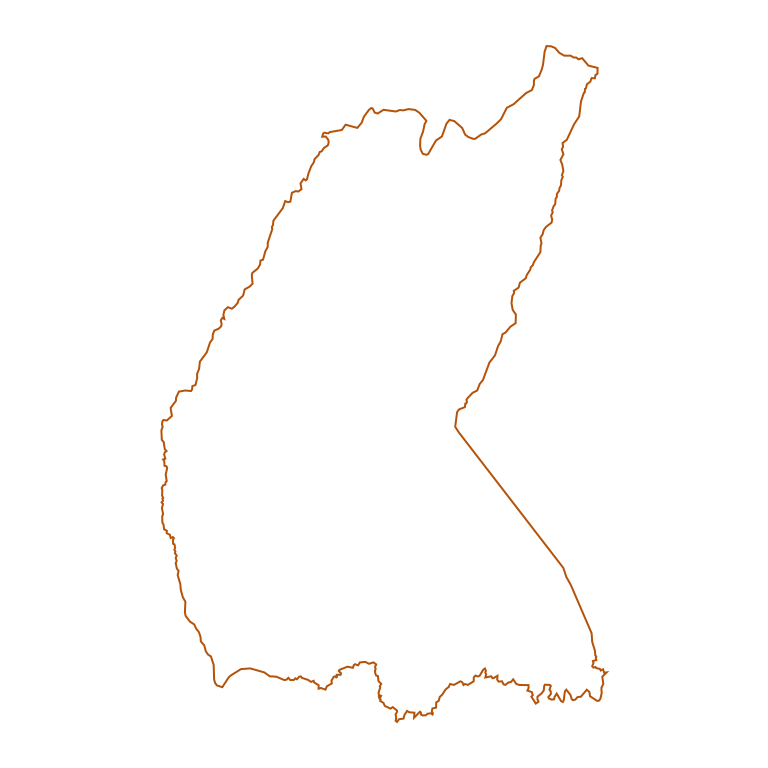 the district of Mavago, Niassa, Mozambique
{"feature_id": "85939544B69199020344442", "entity_name": "Mavago", "entity_type": "district", "adm_level": 2, "iso_a3": "MOZ", "parent_name": "Mozambique", "parent_adm1": "Niassa", "projection": "equal_earth", "projection_center": [36.395, -12.167], "detail": "fine", "context": "isolated", "style": "outline", "palette": "amber", "viewbox_px": 768, "rotation_deg": 0, "n_neighbors": 0, "source": "geoboundaries", "source_scale": "gbopen_adm2", "svg_char_len": 6096}
<svg xmlns="http://www.w3.org/2000/svg" viewBox="0 0 768 768"><path d="M590.0,696.2L597.1,700.9L599.1,700.6L600.4,698.7L601.7,693.1L601.4,688.0L603.3,683.8L602.3,676.7L606.6,672.4L604.2,672.7L603.0,669.3L600.7,670.5L599.8,668.8L596.4,668.2L595.5,667.0L593.5,667.6L592.2,666.3L593.5,663.0L592.9,661.0L596.3,660.1L595.8,658.5L596.3,656.4L595.3,655.5L595.0,651.0L592.2,641.8L591.6,633.2L570.7,584.7L566.3,576.9L563.4,568.0L458.9,432.5L455.2,426.8L457.1,412.1L458.9,409.5L464.9,407.1L465.3,403.6L466.2,403.5L467.0,401.8L466.4,399.9L467.1,398.7L472.6,392.8L477.2,390.5L479.7,384.0L483.0,379.9L489.4,362.6L495.0,355.3L498.1,346.0L500.7,341.4L502.5,334.2L505.5,332.6L510.4,326.7L515.6,323.2L515.9,314.6L512.7,309.9L511.5,303.2L512.3,296.2L514.1,293.0L513.8,290.8L518.6,287.6L519.9,282.7L525.8,278.2L526.7,275.1L530.2,269.8L530.8,267.2L532.9,265.0L533.8,262.3L540.4,252.1L540.7,245.5L541.5,243.6L540.4,237.6L542.6,234.3L543.7,230.1L546.0,226.9L551.6,222.6L552.2,219.6L551.1,215.6L552.7,212.4L552.1,210.5L553.7,206.0L555.2,204.3L555.6,198.9L556.8,197.0L556.9,193.9L559.1,190.9L559.6,187.8L561.0,185.4L561.3,180.3L562.8,176.8L561.9,175.2L563.4,171.1L562.2,164.5L560.4,160.0L563.4,154.3L561.8,149.3L563.1,146.7L562.6,143.0L566.8,139.8L574.1,124.2L579.2,116.5L581.0,101.5L583.8,93.0L584.7,92.5L585.0,88.9L585.9,88.4L587.0,84.2L590.3,81.7L591.6,78.1L594.8,78.3L595.5,75.0L597.4,73.9L597.6,67.9L588.4,65.6L582.2,58.2L578.5,59.3L576.4,57.6L573.4,57.4L570.7,55.7L564.3,55.7L559.4,52.9L555.0,47.9L551.0,46.3L546.5,46.1L544.6,51.8L543.0,64.8L541.6,69.9L538.9,76.4L534.6,78.8L533.9,80.7L533.9,85.1L531.9,90.0L526.0,93.1L513.6,104.2L506.8,107.8L501.0,119.3L496.2,123.9L485.0,133.4L481.4,134.4L475.0,138.9L473.3,138.9L468.3,137.0L465.1,134.6L462.2,128.0L454.3,121.1L449.5,119.9L446.5,123.6L441.9,136.5L436.0,140.5L428.1,154.1L426.5,154.8L422.8,153.8L420.6,149.4L420.1,145.3L420.4,138.6L423.0,131.8L424.6,124.2L426.4,120.8L419.4,112.8L415.1,109.9L408.5,109.1L403.1,110.4L399.9,110.0L395.8,111.5L383.5,109.8L377.7,113.5L374.7,112.6L372.6,108.4L371.2,108.1L369.0,109.8L363.9,116.7L361.7,122.7L357.3,127.9L345.6,124.7L341.8,130.0L329.7,132.1L328.2,133.4L324.6,132.7L323.2,133.4L322.2,136.7L325.7,136.5L328.2,139.7L328.7,142.4L327.8,145.4L323.9,148.0L321.7,151.3L319.7,152.0L318.6,154.9L314.5,159.2L313.9,162.1L311.2,166.3L308.6,173.0L306.9,179.5L305.7,180.4L303.7,178.9L300.5,183.4L301.5,189.2L298.3,191.5L295.7,191.1L291.9,192.8L290.4,201.6L288.1,202.2L285.2,201.1L282.8,208.1L273.4,220.7L273.0,225.0L271.9,226.9L272.3,229.1L267.8,242.5L267.7,247.0L265.4,251.1L263.0,259.7L260.5,260.5L260.0,264.7L257.8,268.5L252.3,272.9L251.8,275.6L252.6,283.7L249.8,286.5L244.7,289.4L243.1,295.6L238.6,299.8L237.8,302.7L234.8,306.3L231.9,308.7L227.9,307.2L224.4,310.4L223.4,315.0L224.3,318.9L222.3,317.9L220.8,320.4L221.6,323.9L221.2,326.2L218.9,328.6L214.3,330.6L212.8,334.4L212.6,338.9L210.0,342.6L206.8,352.3L199.9,361.6L199.1,368.8L197.0,374.2L197.2,377.9L195.5,385.0L192.4,386.1L192.1,389.3L191.1,391.0L185.2,390.5L178.9,391.6L176.1,397.7L175.9,400.9L170.6,407.9L171.9,415.9L166.8,420.5L163.4,420.0L162.3,421.7L162.0,424.7L162.7,426.6L161.4,430.3L161.8,439.8L163.7,442.1L164.8,449.2L166.5,451.1L164.9,452.2L164.1,454.4L165.3,458.7L163.1,459.5L164.3,461.3L164.5,465.8L166.4,466.2L167.2,467.9L165.7,474.6L166.7,481.1L165.7,482.1L165.2,484.7L163.2,485.3L161.7,488.1L162.3,489.9L162.1,495.7L163.2,497.9L162.4,498.6L163.0,500.7L161.6,502.4L163.0,504.0L161.9,508.2L163.1,513.9L162.2,516.4L162.4,522.7L163.5,524.5L164.1,529.3L166.8,530.7L166.7,533.2L169.9,534.8L170.7,538.0L172.9,537.1L173.9,538.2L172.9,540.0L173.1,543.8L174.5,544.4L175.1,547.7L174.4,549.9L175.4,551.4L174.9,553.2L176.7,555.5L175.7,558.1L176.7,560.9L175.7,563.1L176.9,568.7L178.6,570.9L177.7,575.2L180.3,584.0L180.8,589.9L182.8,597.2L185.4,601.7L184.9,612.3L185.6,615.8L189.8,621.5L194.3,624.5L195.9,628.2L199.0,632.3L200.6,637.2L200.8,641.4L204.2,645.3L205.9,651.5L208.2,654.7L211.0,656.5L213.7,665.1L214.1,679.3L215.1,683.0L216.9,685.4L222.3,687.2L228.9,677.1L230.9,675.4L241.0,669.1L250.2,668.4L264.3,672.4L269.8,676.3L276.4,676.7L284.4,680.1L286.7,679.6L288.3,677.8L290.4,680.1L294.0,679.9L295.3,678.3L296.9,679.3L299.2,676.7L300.8,676.4L302.0,677.9L308.1,679.9L311.0,681.9L313.6,680.8L314.2,682.5L318.6,685.2L318.6,688.7L320.8,688.0L325.5,689.6L326.8,686.3L331.8,683.5L331.5,680.6L333.8,676.8L335.2,676.3L336.2,677.4L336.9,677.0L336.8,674.8L340.6,674.8L341.0,673.2L338.8,671.1L339.4,669.9L347.4,666.7L352.9,667.8L353.8,665.1L355.1,664.2L358.1,665.4L359.9,662.4L365.3,661.9L369.0,663.8L373.4,662.4L376.2,664.4L375.0,667.1L375.7,669.0L375.0,670.4L375.2,673.1L376.1,675.5L378.0,676.1L378.4,681.0L381.2,683.9L379.8,686.3L380.2,687.6L378.5,692.8L379.0,694.9L381.1,695.9L380.2,697.6L379.8,696.2L378.9,696.4L379.5,698.7L380.6,699.6L380.2,701.0L383.4,702.8L384.8,705.9L390.5,708.6L392.7,707.1L396.8,710.3L397.2,711.6L395.6,714.5L396.2,718.1L395.7,720.9L397.0,721.9L399.1,719.2L403.5,718.6L404.4,715.1L407.1,710.9L409.0,712.2L414.4,712.7L414.1,717.7L420.0,711.7L420.8,712.4L421.1,714.7L422.5,715.4L425.7,715.3L427.6,713.7L431.0,713.3L432.5,714.5L432.9,713.3L431.8,711.3L432.4,708.5L436.1,707.6L436.2,702.4L438.7,700.8L439.8,696.9L442.2,694.7L445.6,689.4L448.7,687.0L450.1,684.0L454.0,684.9L460.4,681.3L462.3,682.3L463.5,685.0L464.9,684.0L467.9,684.9L473.7,681.3L473.8,677.3L475.4,675.6L478.1,676.5L479.6,675.8L483.2,669.8L484.9,668.5L485.9,670.9L485.3,672.7L486.2,674.3L485.3,677.5L491.3,676.3L492.5,678.2L493.4,678.2L497.5,675.8L497.2,679.6L498.5,681.6L502.0,681.3L503.5,684.3L505.3,684.9L508.8,682.3L510.9,682.1L513.2,679.3L516.3,684.0L519.6,685.0L528.5,685.1L528.6,688.0L527.4,690.6L531.8,692.1L532.8,695.1L531.4,696.6L535.8,703.6L538.5,701.7L537.4,699.2L537.5,696.6L541.3,693.7L543.7,690.6L544.3,685.6L545.0,684.7L549.7,684.9L550.8,685.9L549.5,689.8L550.7,691.3L550.9,693.8L548.3,697.2L549.1,698.6L551.7,699.6L554.1,699.3L554.5,697.0L556.7,693.6L561.1,701.1L562.8,702.0L563.7,700.5L564.9,691.4L566.3,689.7L570.5,695.0L571.7,699.1L572.9,700.2L575.3,699.6L577.5,697.1L580.9,696.7L586.8,689.7L589.4,692.0L590.0,696.2Z" fill="none" stroke="#b45309" stroke-width="2"/></svg>